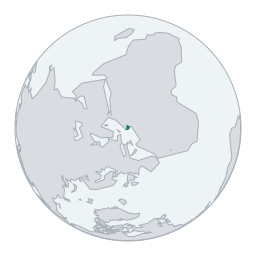 Benghazi on an orthographic globe, rotated 208°
{"feature_id": "LBY-2984", "entity_name": "Benghazi", "entity_type": "Municipality", "adm_level": 1, "iso_a3": "LBY", "parent_name": "Libya", "parent_adm1": "", "projection": "orthographic", "projection_center": [20.37, 31.785], "detail": "fine", "context": "on_globe", "style": "filled", "palette": "teal", "viewbox_px": 256, "rotation_deg": 208, "n_neighbors": 0, "source": "natural_earth", "source_scale": "10m", "svg_char_len": 10068}
<svg xmlns="http://www.w3.org/2000/svg" viewBox="0 0 256 256"><g transform="rotate(208 128 128)"><circle cx="128" cy="128" r="113" fill="#eef3f6" stroke="#a8b0b8"/><path d="M96.4,19.9L102.3,18.4L116.1,16.2L120.0,15.7L119.5,15.9L123.8,15.4L125.7,15.4L125.4,15.4L130.4,15.4L130.8,15.5L133.5,15.6L133.6,15.8L129.0,15.9L129.0,16.1L132.5,16.1L134.8,16.6L129.6,16.4L133.2,17.3L126.1,18.3L112.1,19.0L108.3,20.9L94.5,25.2L95.9,25.4L91.6,27.5L91.7,28.7L89.1,29.5L91.4,29.7L93.8,28.9L95.6,28.8L95.9,29.4L92.6,30.4L92.0,30.2L91.1,30.9L89.4,31.2L90.4,31.4L86.4,32.7L90.7,32.5L87.9,34.5L85.1,35.1L85.0,33.6L78.2,32.3L75.4,33.0L71.5,35.2L65.2,42.0L62.2,43.6L58.6,46.7L60.4,46.4L63.9,43.8L66.3,44.2L70.4,41.3L71.9,41.2L76.2,39.1L76.0,41.1L73.5,44.2L69.9,46.1L68.7,47.7L72.5,47.4L66.1,52.8L62.6,59.8L60.9,61.2L57.0,60.7L56.1,56.5L50.9,57.1L54.7,58.6L50.4,62.5L49.9,64.1L50.4,65.1L52.2,64.4L50.8,66.3L46.6,65.2L47.8,63.5L49.1,63.7L48.6,62.0L45.8,61.8L43.8,64.1L41.5,62.4L40.1,64.1L38.8,64.9L41.2,62.2L36.9,67.2L33.9,67.8L27.9,77.2L33.3,67.7L35.0,64.8L36.5,62.4L35.4,63.8L35.8,63.3L40.9,56.6L46.5,50.2L52.5,44.4L59.0,39.0L65.9,34.0L73.1,29.7L80.6,25.8L88.4,22.6L96.4,19.9ZM17.7,105.2L17.9,104.2L18.1,105.2L16.8,110.8L17.9,107.5L17.3,111.9L18.3,118.1L17.9,118.8L18.6,130.8L21.4,139.6L22.0,145.0L21.5,146.9L22.8,149.7L22.9,151.4L30.2,162.1L35.5,170.5L36.3,176.2L33.9,179.4L36.3,190.2L33.2,188.4L35.6,192.4L35.8,192.7L31.3,185.7L27.3,178.4L23.8,170.8L20.9,162.9L18.6,154.9L16.9,146.7L15.8,138.4L15.4,130.1L15.5,121.8L16.3,113.4L17.7,105.2ZM27.0,78.1L26.3,80.0L22.7,90.4L23.1,87.6L23.3,87.4L24.6,84.0L26.4,79.6L27.0,78.2L27.0,78.1ZM28.3,77.6L28.8,76.2L28.5,77.2L28.3,77.6ZM133.9,15.6L134.5,15.6L135.6,15.7L133.9,15.6ZM76.1,38.3L76.1,38.7L75.3,38.8L76.1,38.3ZM77.9,37.0L76.8,36.9L77.5,36.3L78.2,36.4L77.9,37.0ZM136.8,16.2L138.4,16.5L136.0,16.1L136.8,16.2ZM79.0,37.4L78.9,35.3L80.2,34.3L83.6,33.9L79.0,37.4ZM138.9,16.7L142.9,17.7L144.6,17.7L142.1,18.7L139.5,17.3L136.2,16.8L138.5,16.9L138.9,16.7ZM94.4,28.3L91.9,29.3L93.7,27.9L94.4,28.3ZM95.1,27.5L98.2,23.9L102.0,23.0L100.2,24.3L105.0,22.8L105.4,24.1L102.8,25.2L100.3,25.5L102.4,25.8L95.1,27.5ZM140.0,19.2L140.3,19.6L139.1,19.2L140.0,19.2ZM96.4,28.6L96.7,27.9L100.1,27.0L100.1,28.3L99.0,28.2L96.4,28.6ZM106.1,21.9L108.6,21.6L109.5,22.6L110.6,22.6L105.7,24.1L106.1,21.9ZM98.4,28.7L100.1,29.1L98.7,30.1L96.4,29.3L98.4,28.7ZM100.9,26.3L102.5,26.0L101.6,26.6L100.9,26.3ZM95.0,34.5L95.2,33.4L97.0,32.9L95.0,34.5ZM100.8,29.1L101.2,28.8L101.9,28.5L102.7,29.0L100.8,29.1ZM106.7,24.7L106.6,25.2L108.8,24.2L109.6,25.0L106.2,25.9L108.0,25.8L108.3,26.1L105.2,26.6L106.7,24.7ZM105.7,28.6L101.6,30.3L100.8,32.3L99.2,32.8L100.8,29.6L105.7,28.6ZM105.7,27.3L105.3,28.2L103.5,28.3L102.6,27.8L105.7,27.3ZM111.4,25.3L111.1,23.8L111.8,23.6L111.4,25.3ZM105.8,29.2L106.8,28.8L106.0,29.3L105.8,29.2ZM110.1,26.4L109.9,25.8L110.8,25.7L110.1,26.4ZM109.0,28.5L107.7,29.0L107.0,28.6L109.0,28.5ZM109.8,27.5L111.1,27.5L107.6,28.2L109.5,27.3L109.8,27.5ZM111.0,26.3L111.4,26.1L111.0,26.6L111.0,26.3ZM112.2,29.9L108.0,30.8L106.5,29.9L110.9,29.0L112.2,29.9ZM68.6,166.5L60.9,148.9L64.3,143.6L64.6,136.1L87.5,115.2L92.7,117.6L111.1,116.2L113.5,117.3L111.7,123.3L125.8,131.0L129.9,125.9L142.4,129.2L150.4,128.2L152.6,116.6L139.4,118.0L136.8,112.7L147.0,106.8L158.5,105.9L157.8,103.9L150.3,100.1L152.6,95.8L147.6,98.5L149.9,100.4L146.8,102.3L144.6,100.7L145.5,99.1L141.9,98.6L138.5,106.6L140.5,109.4L131.4,111.4L133.7,116.4L131.4,118.9L126.6,111.4L126.8,108.6L118.1,100.5L117.0,103.6L125.2,111.6L122.8,111.0L121.4,115.7L120.6,111.6L112.0,102.6L103.6,104.0L93.4,114.8L88.4,115.1L83.9,112.0L87.1,100.3L98.0,101.1L99.2,97.4L96.6,91.6L100.1,92.5L100.4,90.3L104.5,90.5L109.7,85.7L113.8,85.5L115.5,79.1L117.8,78.3L116.1,82.2L117.2,84.9L127.2,84.6L129.0,83.3L129.3,79.3L132.0,79.9L131.0,76.1L136.6,74.4L128.9,73.5L129.0,69.3L132.2,66.0L130.8,64.6L125.7,70.0L124.9,72.4L126.4,74.6L123.1,81.5L119.7,82.7L118.1,75.2L113.1,76.2L114.0,70.4L127.2,58.6L132.9,56.3L143.3,60.8L142.2,63.5L137.9,63.1L142.2,67.1L141.7,65.0L144.0,65.7L144.6,62.2L146.3,62.5L144.1,58.8L146.2,58.8L147.5,61.2L150.3,56.6L154.6,56.0L154.4,54.8L153.0,53.7L159.3,53.9L158.9,53.1L156.7,52.7L154.5,50.8L153.0,47.6L155.3,47.9L156.1,49.0L161.2,52.0L163.1,55.3L163.9,55.2L162.8,52.4L156.5,48.7L155.0,46.7L158.2,48.1L156.9,47.5L156.8,46.6L158.9,46.0L155.5,44.4L151.9,35.8L155.5,34.2L158.7,36.2L158.5,31.4L162.6,30.6L160.6,30.1L159.1,27.9L157.8,28.1L156.7,27.7L152.4,22.9L153.1,22.3L149.0,20.3L147.9,20.1L147.1,20.5L142.1,18.7L144.6,17.7L146.8,18.1L146.9,17.5L152.0,18.6L156.3,19.4L161.9,21.4L164.8,22.1L164.5,21.8L168.1,22.9L176.9,26.5L171.2,24.7L158.4,20.9L163.8,22.4L163.0,22.5L165.2,23.4L168.9,24.6L169.1,24.4L177.2,29.8L187.1,35.5L185.3,33.2L187.1,33.6L196.8,39.6L210.7,53.3L213.3,55.1L215.3,57.4L217.3,60.3L214.4,57.1L213.9,57.3L211.9,55.2L214.1,59.3L211.4,56.5L214.5,61.3L216.4,62.8L215.5,60.0L219.3,65.8L221.9,67.6L225.3,72.5L231.4,85.7L232.9,92.7L233.6,94.6L232.6,94.4L233.7,100.0L237.5,106.8L238.3,109.8L238.9,119.0L238.5,116.9L235.8,116.1L237.1,123.9L239.2,126.4L240.0,132.2L239.1,132.6L238.1,127.7L237.1,127.3L236.1,120.7L232.9,113.1L232.0,117.4L230.8,113.7L226.2,108.7L224.2,114.8L221.8,130.3L223.5,140.4L221.7,146.6L214.7,135.8L211.0,127.0L208.7,129.4L201.2,124.1L189.1,129.1L187.1,127.0L184.9,129.2L179.5,128.1L176.3,124.5L173.2,125.7L181.6,135.3L184.9,134.0L187.3,128.4L189.1,132.2L194.2,134.0L189.6,146.1L171.1,160.3L168.9,152.9L152.5,133.7L152.7,131.1L152.6,130.8L152.4,130.3L151.4,134.7L148.4,130.7L157.7,144.9L159.4,151.2L170.9,160.8L169.9,162.3L173.5,163.8L184.3,157.9L184.5,160.5L179.6,173.5L164.2,191.8L166.0,200.6L164.5,208.2L154.4,214.5L154.8,219.4L149.5,221.8L148.8,224.5L144.2,227.6L136.8,230.5L124.8,230.8L124.4,228.7L119.0,224.2L111.6,211.6L115.1,205.6L114.2,200.5L105.4,188.0L107.4,181.1L104.9,177.9L99.9,178.2L97.1,174.2L94.0,173.8L74.7,172.8L68.6,166.5ZM80.1,127.2L79.6,129.5L80.1,127.2ZM171.0,110.8L177.6,109.5L173.8,103.2L176.0,102.2L173.9,100.5L173.5,102.7L168.3,97.9L170.8,95.1L169.6,92.3L167.3,92.6L163.5,98.6L171.0,105.3L169.9,108.6L171.0,110.8ZM18.4,118.2L18.4,120.0L18.1,119.0L18.4,118.2ZM22.4,89.3L22.0,90.7L21.5,92.1L21.6,91.4L22.4,89.3ZM21.3,100.1L21.3,102.0L20.9,100.9L21.3,100.1ZM22.3,91.9L21.3,98.7L20.7,97.3L21.5,93.1L21.4,94.7L22.3,91.9ZM26.8,79.9L26.3,81.1L25.9,81.8L26.8,79.9ZM28.1,78.3L28.1,78.1L28.7,77.0L28.1,78.3ZM50.7,62.6L51.0,62.7L51.1,64.0L50.3,64.0L50.7,62.6ZM56.2,67.0L53.9,70.0L55.0,67.7L53.4,68.1L53.7,64.0L60.1,61.7L57.1,63.4L56.2,67.0ZM55.9,58.3L54.9,60.9L55.7,58.2L55.9,58.3ZM97.8,79.4L99.3,80.9L98.0,83.2L92.8,84.4L94.7,80.9L97.8,79.4ZM101.8,82.6L101.6,75.3L104.7,74.6L103.0,76.2L105.1,76.4L102.9,79.1L106.1,85.8L105.2,88.4L96.2,88.6L99.7,87.0L98.0,85.5L101.8,82.6ZM95.3,60.7L95.3,58.2L102.3,59.7L101.5,61.8L96.3,62.9L94.2,61.0L95.3,60.7ZM85.0,37.4L84.5,36.8L85.4,36.5L86.6,36.7L85.0,37.4ZM94.9,34.1L88.0,39.5L87.1,39.1L84.1,43.1L80.6,43.7L82.7,41.0L77.7,44.7L78.2,42.5L75.1,45.2L80.0,39.1L80.2,37.6L81.3,39.0L84.6,38.5L86.0,37.8L90.3,34.7L92.3,31.3L95.8,30.5L97.8,30.8L97.8,31.4L95.5,31.7L97.3,32.4L94.0,33.4L94.9,34.1ZM118.6,38.7L115.9,38.1L118.8,40.9L115.5,41.4L116.1,41.7L113.9,42.9L112.1,45.1L110.6,45.0L110.5,45.9L109.1,46.9L108.5,48.2L105.5,48.6L104.6,50.2L103.8,49.5L103.0,52.2L102.2,50.4L100.3,51.7L102.0,52.8L87.4,53.2L81.9,55.2L77.6,58.1L76.9,54.9L80.4,50.4L86.0,46.0L91.4,44.6L90.1,43.6L92.3,42.7L92.4,43.9L93.6,41.6L95.4,41.2L100.4,38.1L100.9,35.4L102.7,34.3L103.4,35.2L104.7,33.5L107.3,34.6L108.7,34.0L112.6,34.5L113.2,36.9L114.7,36.0L117.7,36.6L118.6,38.7ZM113.3,30.1L114.7,32.5L113.7,34.1L107.3,32.5L105.7,33.0L101.6,32.3L103.2,30.2L104.2,30.5L105.6,30.4L104.6,31.1L106.4,30.5L107.9,31.0L109.8,30.6L109.8,31.5L113.3,30.1ZM116.0,115.1L117.8,115.4L120.5,115.2L119.7,118.3L116.0,115.1ZM110.0,109.0L111.6,108.7L111.8,112.7L109.9,112.5L110.0,109.0ZM112.3,105.3L111.7,108.4L110.9,106.6L112.3,105.3ZM117.6,81.7L119.3,81.3L119.5,82.2L118.6,83.6L117.6,81.7ZM126.5,48.3L125.2,47.4L125.6,47.0L124.5,44.3L126.9,43.9L128.4,45.4L126.5,48.3ZM150.5,118.9L148.2,121.3L147.0,120.4L148.0,119.8L150.5,118.9ZM133.3,120.2L137.3,121.4L133.0,121.1L133.3,120.2ZM128.9,47.4L128.2,46.3L129.8,46.8L128.9,47.4ZM128.5,43.5L130.4,43.9L127.0,43.6L128.5,43.5ZM182.5,202.7L173.9,216.4L169.0,217.7L168.6,214.6L172.1,206.8L178.1,203.1L181.1,198.8L182.5,202.7ZM239.5,144.3L239.4,144.6L239.7,142.3L239.8,141.8L239.5,144.3ZM239.7,142.4L239.1,141.9L236.3,134.2L237.3,132.4L239.9,134.6L239.8,136.4L240.2,137.5L239.7,142.4ZM240.6,130.9L240.6,128.8L240.6,125.4L240.6,124.1L240.5,122.2L240.6,130.9ZM223.9,141.1L226.1,145.5L225.0,147.6L223.9,141.1ZM234.7,97.4L234.8,99.3L234.2,98.0L233.8,94.7L234.7,97.4ZM227.9,76.7L230.0,80.7L230.8,82.3L229.8,80.5L227.9,76.7ZM147.9,44.5L146.8,48.4L147.6,51.5L150.5,53.2L146.0,52.6L144.7,48.0L147.9,44.5ZM151.1,36.7L148.6,35.5L150.0,35.1L150.7,35.3L151.1,36.7ZM149.4,36.6L145.8,36.9L144.6,35.6L147.7,35.6L149.4,36.6ZM137.4,41.7L136.9,42.9L135.6,42.4L137.4,41.7ZM234.5,91.3L233.1,87.5L232.5,86.1L232.7,86.3L234.5,91.3ZM215.5,57.0L214.2,55.5L213.0,54.1L214.2,55.5L215.5,57.0ZM211.7,52.6L212.2,53.2L215.5,57.3L218.5,61.0L217.0,59.3L212.9,54.2L210.9,51.7L208.3,49.0L205.4,46.1L202.5,43.5L200.4,41.8L201.7,42.8L211.7,52.6ZM201.3,42.6L195.2,37.9L194.0,36.7L195.1,37.5L198.4,40.0L198.8,40.5L201.3,42.6ZM193.4,36.5L193.7,37.0L185.5,32.8L183.5,31.7L189.1,33.8L189.7,34.4L192.0,35.8L193.4,36.5ZM141.5,19.6L140.4,19.6L140.9,19.3L141.5,19.6ZM156.1,27.9L154.6,27.4L155.2,26.9L156.1,27.9ZM151.0,25.7L151.4,26.6L150.1,25.6L151.0,25.7ZM152.3,28.5L151.1,26.9L153.6,28.6L152.3,28.5Z" fill="#d9dde1" stroke="#a8b0b8" stroke-width="1"/><path d="M127.6,129.1L127.6,128.9L127.4,128.8L127.3,128.4L127.3,128.2L127.2,128.1L127.3,127.8L127.3,127.7L127.5,127.3L127.5,127.2L127.8,126.9L128.0,126.8L128.0,126.7L128.3,126.5L128.2,126.8L128.1,127.0L127.9,127.4L127.9,127.5L128.0,127.7L128.1,127.9L128.2,128.1L128.2,128.3L128.3,128.4L128.5,128.4L128.8,128.4L129.0,128.4L129.3,128.4L129.4,128.5L129.5,128.8L129.5,129.0L129.6,129.5L128.9,129.4L128.6,129.5L128.4,129.5L128.1,129.4L128.0,129.2L127.9,129.1L127.7,129.0L127.6,129.1Z" fill="#14b8a6" stroke="#0f766e" stroke-width="1.5"/></g></svg>